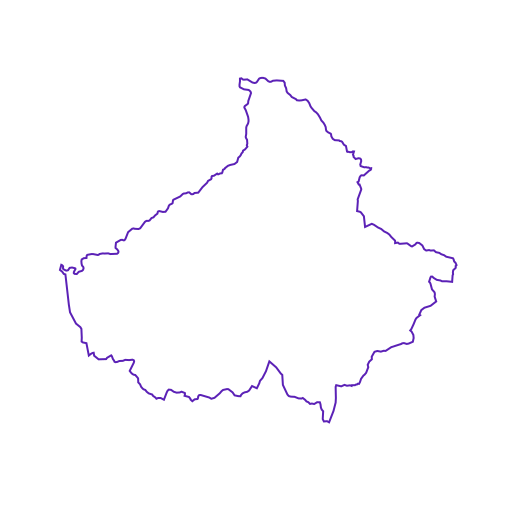 Dak Song, Đắk Nông, Vietnam (orthographic projection), rotated 79°
{"feature_id": "81297802B66581332316021", "entity_name": "Dak Song", "entity_type": "district", "adm_level": 2, "iso_a3": "VNM", "parent_name": "Vietnam", "parent_adm1": "Đắk Nông", "projection": "orthographic", "projection_center": [107.617, 12.233], "detail": "fine", "context": "isolated", "style": "outline", "palette": "violet", "viewbox_px": 512, "rotation_deg": 79, "n_neighbors": 0, "source": "geoboundaries", "source_scale": "gbopen_adm2", "svg_char_len": 6085}
<svg xmlns="http://www.w3.org/2000/svg" viewBox="0 0 512 512"><g transform="rotate(79 256 256)"><path d="M431.4,220.9L431.7,217.8L433.2,216.0L422.9,209.5L415.1,205.8L410.7,204.7L399.7,202.8L398.1,201.9L400.2,197.2L399.4,193.7L400.7,191.5L400.9,188.3L401.8,186.9L401.1,186.5L401.7,183.5L401.3,182.7L401.4,181.4L400.8,180.6L401.2,179.3L399.6,178.0L396.6,176.3L393.8,173.3L393.3,172.2L391.7,170.2L386.6,167.0L384.1,167.1L381.3,165.0L379.5,162.0L376.9,161.6L372.8,158.1L372.6,157.6L372.4,155.0L373.7,151.7L373.4,148.7L373.9,146.9L371.3,140.6L370.0,129.9L369.6,129.2L369.7,127.4L371.1,124.8L371.1,122.9L370.1,118.4L366.6,116.9L363.5,116.6L359.9,117.7L358.5,118.8L357.4,117.5L353.0,114.3L348.7,111.5L347.4,110.2L345.4,106.2L344.7,106.9L340.6,104.0L338.9,100.5L338.2,94.1L335.0,87.8L330.0,88.4L327.7,87.7L326.3,87.6L325.4,87.8L322.4,89.6L316.6,90.0L315.3,90.3L314.3,91.0L310.3,88.8L309.6,88.1L309.9,86.8L311.3,85.9L313.9,83.1L315.2,79.7L316.3,78.2L317.2,73.6L318.8,68.4L312.5,66.7L311.5,66.0L309.9,65.9L308.0,65.3L307.4,64.9L305.9,62.4L305.0,62.0L304.0,62.0L303.2,60.9L300.6,61.5L299.2,62.5L296.9,62.7L295.8,63.1L293.0,69.4L291.1,71.2L289.6,73.8L287.9,75.5L286.6,78.6L284.4,80.3L284.0,83.5L283.2,85.0L283.1,87.9L281.4,89.6L277.4,90.7L274.4,93.3L273.7,95.2L273.8,95.9L275.1,97.5L276.4,101.0L276.0,101.8L272.6,105.0L272.3,105.5L271.5,112.5L271.2,113.1L269.9,114.2L269.9,117.0L268.2,116.6L267.4,116.6L263.1,119.6L260.4,121.0L258.5,122.7L256.3,125.6L253.4,127.9L251.3,130.8L247.9,134.2L246.5,136.2L248.3,143.4L237.6,142.5L233.2,144.7L232.4,145.6L231.2,148.2L221.4,145.5L219.8,145.4L210.8,140.0L210.0,139.9L205.6,140.7L205.5,141.5L202.9,142.3L202.5,141.1L198.5,139.2L197.2,137.9L196.9,137.1L197.5,134.8L193.8,128.6L193.4,127.1L192.6,126.4L191.8,126.2L191.8,127.1L190.6,128.7L190.4,129.9L189.8,131.0L189.6,132.8L187.7,136.1L186.1,136.2L182.9,134.6L181.2,134.5L180.1,135.3L179.6,136.7L179.8,139.7L177.3,141.3L176.1,141.1L175.1,141.5L172.1,139.9L171.8,140.9L172.3,142.1L172.3,142.8L171.9,144.4L171.4,145.2L171.2,146.4L170.9,146.7L165.2,146.7L163.5,148.5L160.3,149.7L159.6,150.5L159.1,151.9L158.4,152.4L157.3,156.6L155.6,158.3L153.0,159.2L150.7,159.1L150.2,159.3L148.3,161.7L146.7,163.0L145.5,163.2L142.7,163.0L140.4,163.5L138.0,164.4L135.4,166.0L132.3,166.8L128.6,168.2L126.4,169.6L124.9,171.1L121.2,173.2L119.6,173.9L116.0,174.6L113.5,175.7L111.8,177.4L111.9,181.6L111.6,184.0L110.9,186.2L109.7,186.8L106.7,190.6L104.6,191.6L102.0,193.8L100.4,194.5L97.0,194.4L94.2,195.1L91.3,194.8L89.3,195.8L87.6,202.1L87.2,205.9L87.8,208.0L87.7,209.2L86.8,210.6L83.6,212.9L82.5,215.0L82.2,216.5L82.2,218.0L82.5,219.1L85.3,221.9L85.9,223.0L85.9,224.4L85.0,226.4L81.0,230.8L80.6,234.3L80.1,235.4L78.8,236.4L78.8,237.5L78.8,237.9L81.5,238.4L84.7,239.5L86.3,239.8L87.4,239.5L90.1,236.0L91.5,231.8L92.1,231.0L93.6,230.0L95.1,229.8L102.4,234.0L104.5,234.6L105.2,235.2L106.7,238.4L107.5,239.0L108.1,239.1L111.0,238.2L117.9,237.2L120.4,237.3L122.3,237.6L124.4,238.5L126.8,240.5L128.1,241.1L134.3,242.3L137.2,243.4L138.6,243.2L140.2,242.6L144.1,243.1L145.5,243.9L147.0,243.6L149.3,246.5L150.1,248.6L151.5,249.2L152.7,250.8L153.7,251.4L155.1,252.8L156.1,254.6L160.1,256.6L161.6,259.6L161.7,263.9L162.1,266.3L163.8,269.6L164.0,269.6L164.7,270.6L165.0,271.9L167.7,273.2L168.3,273.8L168.1,275.4L168.6,277.2L168.6,277.7L167.7,278.4L169.2,282.0L169.1,283.9L169.7,284.5L171.4,284.9L172.1,285.5L173.1,288.7L174.8,290.1L178.2,295.4L182.8,300.6L182.4,304.4L183.2,305.6L183.2,307.0L182.9,307.8L180.8,309.4L180.6,310.7L181.1,312.7L180.9,315.1L181.2,316.1L183.1,319.0L185.0,326.3L185.4,326.8L188.2,327.8L188.6,328.5L189.2,331.0L190.1,332.0L192.4,333.3L195.3,336.4L195.0,339.0L193.5,342.2L193.5,343.4L194.0,344.0L195.6,344.7L196.9,347.3L198.5,349.3L198.8,351.3L200.8,353.7L201.0,354.7L200.6,356.8L201.2,358.4L206.7,364.4L207.1,366.2L206.1,370.0L205.6,370.8L205.6,372.3L208.2,377.0L214.2,380.8L215.4,382.1L215.4,382.9L214.6,384.2L214.4,385.7L216.2,390.9L220.4,392.2L221.4,392.3L223.0,391.0L224.8,390.2L225.7,390.2L226.6,390.7L227.3,391.9L226.3,398.6L225.2,400.6L224.7,404.1L224.2,406.1L224.2,409.3L224.8,410.2L224.8,411.2L223.0,415.6L222.7,417.0L222.7,421.4L223.5,422.2L225.6,422.8L225.3,425.5L226.1,427.7L227.7,428.4L230.2,428.7L232.2,428.6L233.7,427.7L234.3,427.6L235.1,427.6L236.6,428.4L237.4,429.7L237.7,433.0L239.5,435.4L238.9,437.5L238.1,438.1L237.1,437.9L236.0,437.1L234.4,435.7L233.8,435.7L233.5,436.0L232.2,438.8L232.1,441.2L234.1,443.2L234.2,444.7L233.9,445.5L232.2,447.6L231.2,447.8L229.3,447.3L228.1,448.0L227.5,448.8L232.3,451.1L234.3,449.3L236.9,448.1L237.7,446.6L268.0,449.0L275.8,449.3L288.0,445.6L292.3,442.0L294.2,441.3L302.9,442.6L306.7,443.5L307.8,442.5L309.2,439.1L321.8,439.1L320.7,437.0L320.0,435.0L320.0,433.8L323.0,433.9L327.4,430.2L328.6,422.8L327.5,421.6L325.9,417.1L326.9,416.6L329.9,416.1L331.6,415.3L332.8,415.1L333.4,414.3L333.5,412.5L333.0,410.2L333.5,406.7L333.0,404.2L334.0,400.3L334.2,397.1L335.0,395.9L336.0,395.7L337.4,396.3L344.7,401.9L346.9,400.8L348.4,399.7L349.3,398.5L349.8,397.2L353.1,395.3L353.8,395.1L357.6,395.7L359.8,394.3L362.5,393.7L364.6,392.5L365.4,391.8L366.4,390.2L368.4,389.2L370.4,387.5L372.2,384.3L373.6,383.8L375.8,381.7L377.1,381.0L376.7,379.1L377.2,376.7L379.5,373.8L372.8,369.6L371.4,368.5L370.5,367.1L371.2,364.9L373.6,362.6L375.0,360.0L375.4,356.9L375.0,355.0L376.9,352.0L377.9,352.0L379.6,352.8L381.6,348.7L383.5,347.7L384.5,347.6L386.4,346.2L385.0,343.6L385.2,340.7L384.3,340.0L382.7,339.5L381.7,338.3L381.9,336.8L386.0,328.9L387.6,327.1L387.3,323.8L383.8,317.7L382.1,315.6L381.2,313.9L381.1,309.8L381.5,308.5L385.4,305.0L388.7,303.6L390.2,300.1L390.7,298.0L389.5,297.1L388.3,295.4L387.7,293.3L387.6,290.4L386.7,288.4L382.9,284.7L386.0,280.4L381.6,277.1L379.3,275.9L377.1,273.0L371.0,268.2L362.0,263.0L369.2,257.4L376.1,254.1L377.7,252.9L387.7,254.2L397.9,251.6L399.5,250.7L399.9,250.3L400.7,248.6L401.6,245.0L403.9,241.4L404.6,238.5L404.3,237.2L406.6,235.2L408.4,234.2L409.5,232.5L411.5,231.2L411.5,229.3L412.4,227.1L411.2,223.9L411.8,221.2L414.0,221.0L417.2,221.2L419.3,220.8L421.2,219.7L428.8,221.6L431.4,220.9Z" fill="none" stroke="#5b21b6" stroke-width="2"/></g></svg>